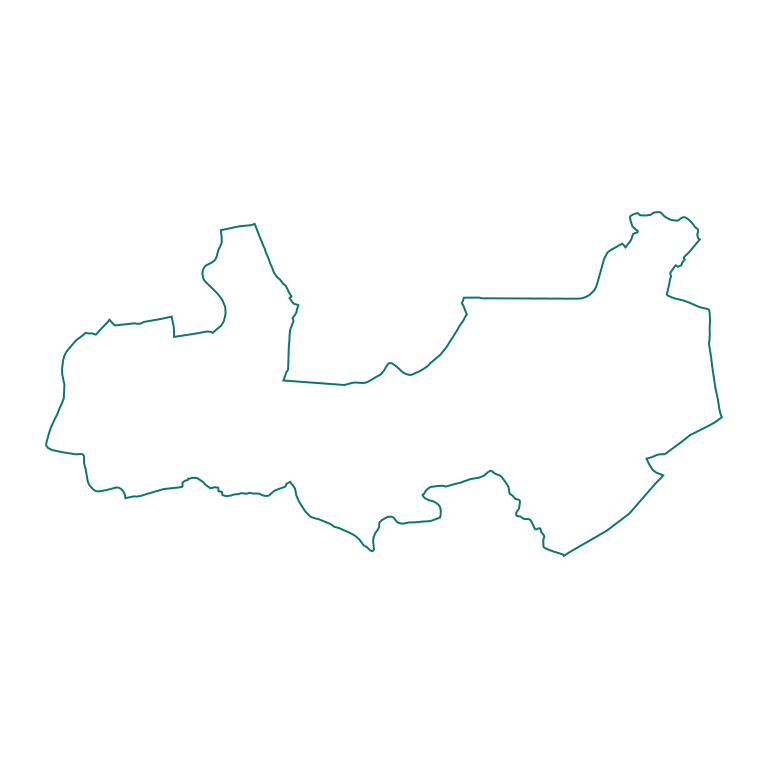 outline of Khai Bang Rachan, Sing Buri, Thailand
{"feature_id": "78962969B1658466470104", "entity_name": "Khai Bang Rachan", "entity_type": "district", "adm_level": 2, "iso_a3": "THA", "parent_name": "Thailand", "parent_adm1": "Sing Buri", "projection": "albers", "projection_center": [100.295, 14.826], "detail": "fine", "context": "isolated", "style": "outline", "palette": "teal", "viewbox_px": 768, "rotation_deg": 0, "n_neighbors": 0, "source": "geoboundaries", "source_scale": "gbopen_adm2", "svg_char_len": 6078}
<svg xmlns="http://www.w3.org/2000/svg" viewBox="0 0 768 768"><path d="M86.0,332.3L83.6,334.7L75.9,340.5L67.9,349.9L66.3,352.0L64.4,355.7L63.1,360.6L62.1,368.3L62.1,370.2L62.2,373.9L62.6,376.0L63.5,380.8L64.2,383.2L64.4,384.9L63.8,398.1L62.2,402.7L59.5,408.4L57.4,414.0L54.3,420.0L50.7,428.0L49.2,432.6L46.4,442.6L46.1,444.3L46.2,445.3L46.8,446.5L47.9,447.8L50.9,449.5L53.4,450.3L62.3,452.2L75.8,454.3L81.8,454.0L83.2,454.9L83.8,455.7L84.1,456.8L84.0,461.5L84.2,463.7L85.7,469.3L87.6,480.7L88.4,483.1L89.8,485.7L93.3,489.5L95.5,490.9L97.3,491.3L99.1,491.4L106.8,490.0L115.7,487.6L117.3,487.5L119.0,487.8L121.1,489.0L122.8,490.7L123.6,491.9L124.8,494.6L125.4,498.2L132.6,496.6L134.3,496.4L137.1,496.6L141.1,495.8L147.8,493.7L163.9,489.0L179.4,487.4L180.3,487.1L182.1,486.9L182.5,486.5L182.5,482.6L185.1,480.6L187.6,480.2L187.9,479.1L188.1,478.7L189.6,478.6L191.2,478.2L191.7,477.9L195.8,477.9L197.2,478.1L201.6,481.0L203.8,482.7L205.5,484.8L210.3,488.2L212.0,488.0L214.6,487.2L218.2,487.7L218.6,491.3L221.8,491.8L222.4,495.0L222.7,495.2L227.3,496.3L228.3,495.8L230.8,495.6L233.9,494.5L238.3,494.1L241.1,493.2L244.1,493.4L246.4,493.8L249.6,492.8L252.9,493.5L258.9,493.6L263.3,495.5L265.1,495.9L266.7,495.9L268.2,495.8L269.4,495.2L273.2,491.7L275.3,490.3L285.3,486.6L285.9,485.6L286.4,483.9L290.2,481.9L291.4,483.7L293.9,486.7L295.0,488.6L296.4,495.6L298.6,500.7L299.5,502.4L305.1,511.2L309.9,516.2L311.9,517.3L314.4,518.2L318.8,519.2L329.9,523.8L331.5,524.7L333.9,526.6L339.3,528.2L349.2,532.6L353.5,534.8L356.0,536.5L359.6,539.8L363.5,545.2L366.8,547.1L370.2,550.3L371.7,551.1L372.3,551.1L373.1,550.6L374.0,549.4L373.2,542.1L373.3,539.1L373.7,537.0L375.2,533.3L377.9,529.5L379.1,527.1L379.2,523.8L379.4,522.9L380.1,521.8L382.0,520.0L386.8,517.3L388.0,516.9L389.8,516.7L391.0,516.7L392.8,517.2L393.8,517.8L396.4,521.3L398.1,522.7L400.5,523.4L403.0,523.7L409.1,522.4L414.7,522.4L422.4,521.6L430.5,521.1L440.1,517.5L440.7,514.5L440.8,510.0L440.1,507.5L439.3,505.7L438.2,504.5L435.8,502.7L432.6,501.1L431.1,500.9L428.5,500.0L425.1,498.3L423.6,496.9L422.6,494.8L424.1,493.8L425.9,490.6L427.6,489.0L429.1,487.8L430.3,487.2L431.6,486.8L438.0,486.0L442.5,485.8L445.6,486.5L447.7,486.1L454.1,484.2L460.0,482.8L470.4,479.1L479.2,477.6L483.8,475.8L487.9,472.2L490.3,470.8L490.7,470.8L491.5,471.0L495.3,473.8L500.1,475.6L501.7,477.0L506.4,483.4L508.4,486.9L508.8,488.3L509.3,492.6L509.8,493.7L510.8,494.5L512.5,495.6L515.3,498.9L518.8,499.7L519.7,500.6L519.9,501.5L519.8,503.0L519.2,507.6L518.6,509.3L516.9,511.5L516.2,513.0L516.3,515.1L516.6,515.8L520.3,516.6L524.3,519.0L528.6,519.1L529.7,519.5L531.1,520.9L534.7,528.4L535.3,529.2L536.1,529.5L539.3,528.2L540.4,528.6L541.2,532.1L543.5,534.7L544.3,536.6L544.2,537.4L543.6,538.6L543.3,540.4L543.4,546.5L543.7,547.1L546.4,548.8L548.3,549.6L553.5,551.5L563.0,554.5L563.8,555.8L570.2,551.8L606.6,530.8L629.2,513.7L656.3,482.6L660.9,478.1L663.2,475.4L656.3,472.6L653.0,470.1L652.0,468.8L649.8,465.3L647.7,461.3L646.6,458.7L651.5,457.3L657.1,454.9L659.9,454.3L664.8,454.2L680.6,442.6L690.1,435.1L710.4,424.9L716.5,421.3L721.9,417.1L720.8,414.8L719.7,410.9L717.8,399.1L715.5,388.3L712.2,366.5L711.1,357.1L709.0,344.3L709.0,343.2L709.4,341.2L709.8,333.9L709.6,327.6L710.1,321.0L709.7,313.8L709.3,310.7L708.9,309.8L707.5,309.0L700.0,307.2L697.8,306.4L688.3,302.2L683.0,300.4L674.8,298.4L671.8,297.4L667.8,295.5L667.1,294.9L666.9,294.3L669.3,283.6L669.9,279.9L671.0,276.7L670.8,275.5L670.3,274.0L670.6,272.4L675.5,265.3L675.8,265.3L677.0,266.3L677.7,266.7L681.3,265.4L682.1,262.6L684.8,259.6L683.8,258.0L683.9,257.4L684.3,256.8L689.4,251.9L699.8,239.4L698.3,238.5L697.5,236.0L697.3,234.1L698.1,231.7L698.1,230.0L697.2,228.6L695.3,227.4L693.8,225.2L691.4,222.2L688.6,219.5L685.9,217.7L684.3,217.2L683.0,217.3L681.2,218.1L679.1,219.9L677.3,220.6L675.9,220.6L672.0,220.1L669.8,219.4L665.8,217.3L663.8,215.7L661.1,212.8L659.9,212.2L656.7,212.2L654.9,212.4L653.0,213.1L650.5,214.9L648.7,215.0L646.2,215.5L640.7,215.3L639.4,214.8L638.1,213.3L637.5,213.0L632.6,214.7L630.3,216.2L630.0,217.3L630.6,220.8L632.4,226.3L635.6,229.3L637.6,230.8L637.8,231.4L637.6,232.3L634.4,233.3L633.0,234.1L631.4,239.2L630.6,240.6L626.0,246.8L625.4,247.4L624.3,245.7L622.1,243.7L611.0,249.9L608.5,251.6L607.1,253.1L604.1,258.9L597.0,284.4L595.7,287.7L594.2,290.3L590.6,294.0L588.8,295.4L585.7,297.0L582.3,298.2L578.5,298.7L481.5,298.3L480.8,298.2L479.8,297.7L477.7,297.6L464.0,297.7L461.9,303.5L462.8,304.7L463.5,306.0L466.8,314.6L465.2,316.8L463.0,321.2L460.5,324.4L457.6,329.5L446.0,347.9L440.0,355.1L430.1,363.3L428.0,365.8L422.7,369.5L419.8,371.1L411.6,374.8L409.9,374.9L408.1,374.6L406.7,374.2L403.9,373.0L401.0,370.8L399.2,368.9L395.8,366.0L392.7,363.8L392.0,363.4L389.8,363.0L388.3,363.6L386.5,366.2L384.0,370.6L380.7,374.5L376.4,376.8L369.8,380.8L367.3,382.1L365.4,382.7L362.6,383.0L355.0,382.5L352.8,382.8L344.3,385.0L283.4,380.5L286.5,372.0L287.7,370.3L288.1,369.1L288.7,351.1L288.9,345.5L289.4,340.5L289.7,333.7L290.2,330.1L290.8,327.9L291.7,325.9L292.0,324.8L293.5,321.4L293.2,319.9L292.6,318.6L292.6,317.9L294.9,315.1L296.3,312.6L297.0,309.2L298.4,305.3L297.9,304.9L294.2,303.9L292.7,302.6L289.5,298.1L289.6,297.7L291.3,296.8L291.5,296.4L289.4,293.2L285.9,286.0L282.6,283.2L281.8,281.6L281.1,281.1L279.8,279.3L277.6,277.6L276.8,276.8L273.9,272.5L271.9,267.1L269.9,262.8L269.3,260.5L265.6,251.7L264.9,249.0L263.3,245.7L261.9,241.9L260.4,238.6L254.7,223.9L250.9,225.2L239.5,226.3L220.8,230.2L221.7,237.8L221.7,242.5L220.3,246.1L218.6,249.4L216.6,256.6L215.7,258.9L214.5,260.5L212.8,261.9L206.2,265.4L205.4,266.0L204.5,267.0L203.5,268.7L202.7,270.9L202.4,273.8L203.1,277.6L203.9,279.8L206.4,282.7L212.8,288.8L217.5,293.6L220.2,297.0L222.3,300.0L224.8,305.9L225.3,307.6L225.6,313.5L224.8,317.4L223.7,321.4L221.3,325.5L216.3,329.6L212.8,332.9L210.8,331.8L206.9,331.5L196.8,333.4L174.1,336.9L173.9,329.1L173.7,326.7L171.6,316.6L162.2,318.7L143.7,322.0L140.6,323.6L137.1,323.8L134.6,323.3L116.2,325.3L114.9,325.3L114.1,324.9L109.4,319.7L108.3,321.4L101.1,328.9L95.9,334.6L92.0,333.4L87.6,333.4L85.7,332.7L86.0,332.3Z" fill="none" stroke="#0f766e" stroke-width="2"/></svg>